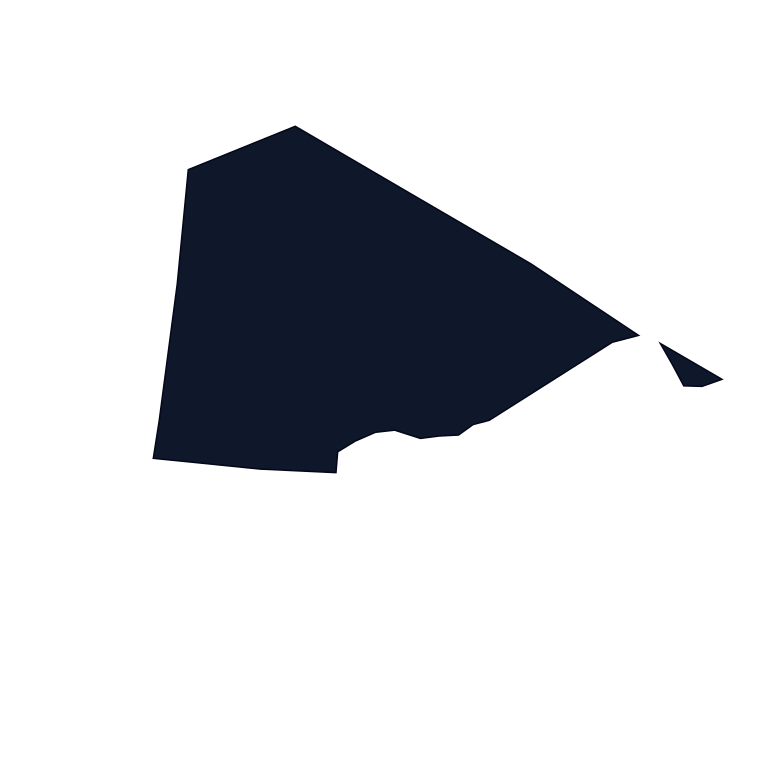 outline of Pilõezinhos, Paraíba, Brazil, rotated 33°
{"feature_id": "56859067B31545744906067", "entity_name": "Pilõezinhos", "entity_type": "district", "adm_level": 2, "iso_a3": "BRA", "parent_name": "Brazil", "parent_adm1": "Paraíba", "projection": "orthographic", "projection_center": [-35.529, -6.853], "detail": "fine", "context": "isolated", "style": "filled", "palette": "ink", "viewbox_px": 768, "rotation_deg": 33, "n_neighbors": 0, "source": "geoboundaries", "source_scale": "gbopen_adm2", "svg_char_len": 495}
<svg xmlns="http://www.w3.org/2000/svg" viewBox="0 0 768 768"><g transform="rotate(33 384 384)"><path d="M392.0,484.5L382.1,466.1L390.9,447.7L403.1,429.2L418.1,416.9L444.2,409.8L458.7,397.5L474.3,386.2L480.8,369.5L492.0,357.2L552.7,224.7L571.0,204.6L442.1,203.2L300.8,210.0L169.2,216.2L103.1,310.8L156.0,412.5L215.4,537.1L231.0,572.0L326.5,522.8L392.0,484.5ZM664.9,196.0L593.7,199.5L615.4,210.7L636.4,222.3L652.0,212.8L664.9,196.0Z" fill="#0f172a" stroke="#020617" stroke-width="1.5"/></g></svg>